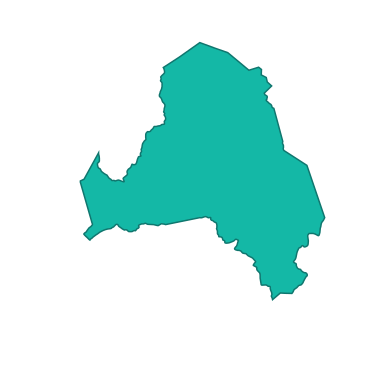 Sabanagrande, Francisco Morazán, Honduras, rotated 336°
{"feature_id": "27666195B51862105966258", "entity_name": "Sabanagrande", "entity_type": "district", "adm_level": 2, "iso_a3": "HND", "parent_name": "Honduras", "parent_adm1": "Francisco Morazán", "projection": "orthographic", "projection_center": [-87.286, 13.79], "detail": "fine", "context": "isolated", "style": "filled", "palette": "teal", "viewbox_px": 384, "rotation_deg": 336, "n_neighbors": 0, "source": "geoboundaries", "source_scale": "gbopen_adm2", "svg_char_len": 6095}
<svg xmlns="http://www.w3.org/2000/svg" viewBox="0 0 384 384"><g transform="rotate(336 192 192)"><path d="M242.0,325.3L243.0,324.8L244.0,324.1L245.4,322.8L245.8,322.6L248.9,322.0L251.3,320.9L251.9,320.9L253.8,321.2L254.6,321.0L256.5,320.0L257.3,319.2L259.1,317.7L261.2,316.2L262.0,315.7L262.9,315.5L263.4,315.0L263.6,314.5L263.7,313.9L263.6,313.2L263.4,312.6L262.8,311.9L261.9,311.4L261.2,310.8L259.9,308.5L259.7,306.9L258.0,305.6L257.6,304.9L257.3,303.9L257.3,302.2L257.4,301.5L257.8,300.7L257.9,299.8L257.7,299.4L257.1,298.8L256.6,298.1L256.3,297.2L256.7,296.7L258.4,295.8L259.2,295.3L260.0,294.5L260.5,293.9L263.1,290.2L264.3,288.9L266.1,287.3L267.0,286.7L267.6,286.6L268.2,286.8L268.7,286.7L269.6,286.4L270.3,286.0L270.7,285.9L271.1,285.9L271.4,286.2L271.9,287.0L272.0,287.6L272.5,288.0L273.4,288.2L274.5,288.2L275.2,288.1L275.8,287.9L276.4,287.4L276.9,286.8L278.4,284.0L279.6,279.8L279.9,279.1L280.2,278.6L280.7,278.2L282.1,277.5L285.8,279.1L287.5,280.6L289.5,283.2L289.9,283.3L290.4,283.2L291.2,282.4L292.4,280.9L294.3,277.5L295.7,275.8L296.8,274.1L297.6,273.1L298.3,272.5L299.8,271.7L300.9,271.0L302.8,269.4L307.8,214.4L292.8,191.4L292.8,190.3L292.9,189.6L293.3,189.0L293.8,188.3L294.5,186.5L294.4,184.7L294.7,183.8L295.5,182.7L300.8,148.9L300.0,147.9L299.7,147.4L299.7,146.6L299.9,145.3L299.7,144.1L298.6,142.4L297.8,140.4L297.2,139.2L297.1,138.7L297.1,138.4L297.2,138.1L297.5,137.9L298.0,137.8L298.6,136.8L299.0,136.5L299.5,135.5L299.5,135.0L299.4,134.5L298.6,133.4L298.2,132.9L298.2,131.6L298.2,131.1L307.9,127.5L305.5,122.1L306.4,117.6L302.9,113.2L305.3,108.3L303.6,105.1L293.5,103.9L281.4,79.3L270.9,69.4L259.9,58.7L235.3,63.6L216.4,66.6L216.5,67.8L216.2,69.8L216.0,70.6L215.6,71.5L215.1,72.1L214.6,72.4L211.7,73.4L210.2,74.2L209.8,76.2L209.5,76.6L208.9,77.0L208.5,77.6L208.6,78.4L209.0,79.4L208.9,80.2L208.7,81.2L208.4,81.5L207.6,83.4L206.0,85.6L203.9,87.4L203.2,88.4L201.8,89.9L201.5,90.4L201.2,91.5L201.9,93.5L202.0,94.2L201.8,97.4L201.9,98.1L202.3,98.9L202.5,100.0L202.7,100.6L202.6,101.5L202.4,102.1L202.0,102.8L200.6,104.4L199.7,106.1L198.7,107.2L198.7,107.7L199.0,108.4L199.0,109.2L198.2,109.9L197.9,110.4L197.9,110.9L198.1,111.6L198.2,112.3L198.1,113.0L197.9,114.0L197.5,114.7L197.1,115.2L195.4,116.2L194.8,118.0L194.5,118.6L194.3,118.7L194.0,118.7L192.0,118.1L191.5,118.1L190.8,118.4L189.5,118.4L188.0,117.9L186.0,117.6L184.2,116.8L183.3,117.2L182.3,118.1L179.8,118.9L178.7,119.6L178.1,119.6L177.3,119.5L176.0,118.8L175.2,119.0L174.2,119.5L173.6,120.0L173.1,120.7L171.9,123.3L171.6,124.4L171.3,125.2L170.8,125.5L169.0,126.1L168.3,126.6L166.7,127.6L165.8,128.7L164.2,131.2L162.9,132.4L162.4,134.4L160.7,135.6L160.1,136.7L159.9,137.4L160.1,138.0L160.0,138.3L159.6,138.4L158.0,138.1L157.5,138.1L157.3,138.2L155.5,139.9L153.5,142.4L152.5,143.3L151.9,143.7L151.1,143.7L150.0,143.4L149.6,143.2L148.8,142.4L148.5,142.3L147.9,142.8L146.7,144.0L145.9,144.6L145.3,144.8L143.1,145.3L142.3,145.8L141.5,146.3L141.0,146.9L140.7,147.6L140.4,149.2L140.0,149.7L139.5,150.0L138.6,150.3L135.3,151.2L134.7,151.5L134.5,152.1L134.5,153.4L134.3,154.7L134.2,154.9L133.8,154.9L133.1,154.4L131.9,153.3L130.8,152.1L129.7,151.2L129.0,151.0L126.5,150.7L125.9,150.3L125.5,149.7L123.8,149.1L123.5,148.9L123.3,148.5L123.1,147.5L122.2,146.2L121.7,145.1L121.2,142.0L120.2,140.8L119.0,139.0L117.6,136.3L117.6,134.7L117.4,133.3L116.4,132.1L116.3,131.5L116.3,130.7L116.6,129.2L117.0,127.8L117.5,127.3L119.2,126.7L120.0,126.0L121.1,123.5L121.8,121.3L122.1,119.4L122.6,118.2L98.6,136.4L94.5,136.5L94.0,137.6L88.1,179.6L88.1,180.2L88.0,180.8L87.8,181.2L87.5,181.5L85.7,182.4L83.3,182.9L80.5,184.5L79.4,185.3L78.9,185.5L77.6,185.7L76.3,186.2L76.1,186.5L76.2,187.1L76.9,189.1L77.7,190.9L78.7,193.6L79.2,194.4L80.1,193.8L81.8,193.5L83.4,192.9L86.9,192.1L88.4,191.9L91.6,191.2L95.1,191.0L97.4,191.1L99.9,191.5L102.2,192.2L103.3,192.4L104.7,192.0L106.1,192.0L109.1,190.8L109.9,190.9L110.3,191.0L110.8,191.5L111.0,192.0L111.0,192.8L111.2,193.7L112.6,196.0L113.3,197.3L114.5,198.9L114.7,199.2L115.5,199.3L116.7,199.9L117.2,200.5L117.6,201.5L118.0,202.3L119.4,203.1L120.3,203.5L121.6,203.8L122.8,203.6L123.3,203.7L123.9,203.9L124.3,204.3L124.7,204.3L125.3,204.1L126.0,203.6L126.7,203.3L127.3,203.2L128.3,203.2L129.0,202.9L129.2,202.7L129.4,202.3L129.5,201.1L129.7,200.9L129.9,200.7L130.8,200.6L133.2,200.7L133.9,201.1L134.6,201.4L135.3,201.5L136.2,201.5L136.8,201.7L137.3,202.2L137.9,203.0L138.6,203.6L143.7,206.2L146.4,208.3L147.3,208.9L147.9,208.9L150.4,208.6L151.1,208.6L151.6,208.8L152.4,209.4L153.7,210.1L154.4,210.9L154.9,211.1L188.7,218.6L189.5,219.1L190.5,219.5L193.1,219.7L194.1,219.9L194.6,220.1L195.1,220.5L195.9,221.6L196.5,222.2L198.5,222.8L198.6,223.0L198.6,223.3L198.1,224.2L198.0,224.6L198.1,225.0L198.2,225.5L198.4,225.8L199.0,226.3L199.5,226.9L199.8,227.4L200.1,228.3L201.5,229.9L201.6,230.2L201.5,231.3L201.2,232.6L200.2,234.7L199.8,235.2L199.5,235.5L199.4,237.8L198.3,240.5L198.4,241.2L198.7,241.8L198.4,243.5L198.4,243.8L198.6,244.0L199.1,244.1L200.1,244.8L200.7,245.4L201.0,245.9L201.0,246.3L200.8,247.7L200.7,248.4L201.8,249.6L201.9,250.2L201.8,250.8L201.5,251.4L201.5,251.8L201.9,252.3L202.8,252.8L204.7,253.4L205.8,253.6L208.3,253.7L209.8,253.7L210.7,253.6L212.2,253.0L212.7,253.0L213.3,253.3L213.7,253.7L214.0,254.3L214.5,254.6L214.6,255.0L214.5,255.4L213.4,256.5L211.7,258.6L210.7,259.5L209.2,260.1L208.1,260.8L207.8,261.2L207.8,261.7L208.2,262.4L209.1,263.2L210.0,263.9L211.3,264.5L212.3,265.4L212.7,266.0L213.2,267.7L213.5,268.4L214.2,269.0L216.3,270.4L217.1,272.6L217.5,273.3L220.1,276.4L220.6,277.3L221.7,280.9L221.8,281.4L221.5,281.8L221.0,282.1L220.1,282.4L219.2,283.0L218.5,283.5L218.2,283.9L218.2,284.1L218.5,284.5L220.1,286.6L220.4,287.1L220.4,287.5L220.0,288.2L219.8,288.9L219.7,290.0L220.8,293.1L220.9,293.6L220.8,294.3L220.5,295.5L219.2,298.5L217.5,304.8L217.7,305.3L218.2,305.6L221.3,306.8L221.9,307.1L222.3,307.5L223.2,309.1L224.6,309.8L224.9,310.2L224.8,310.8L224.3,311.8L224.0,313.1L223.9,314.5L223.9,315.9L223.6,317.3L223.4,318.0L222.5,318.9L222.1,319.5L222.1,321.6L221.8,323.1L231.6,320.2L235.7,322.3L242.0,325.3Z" fill="#14b8a6" stroke="#0f766e" stroke-width="1.5"/></g></svg>